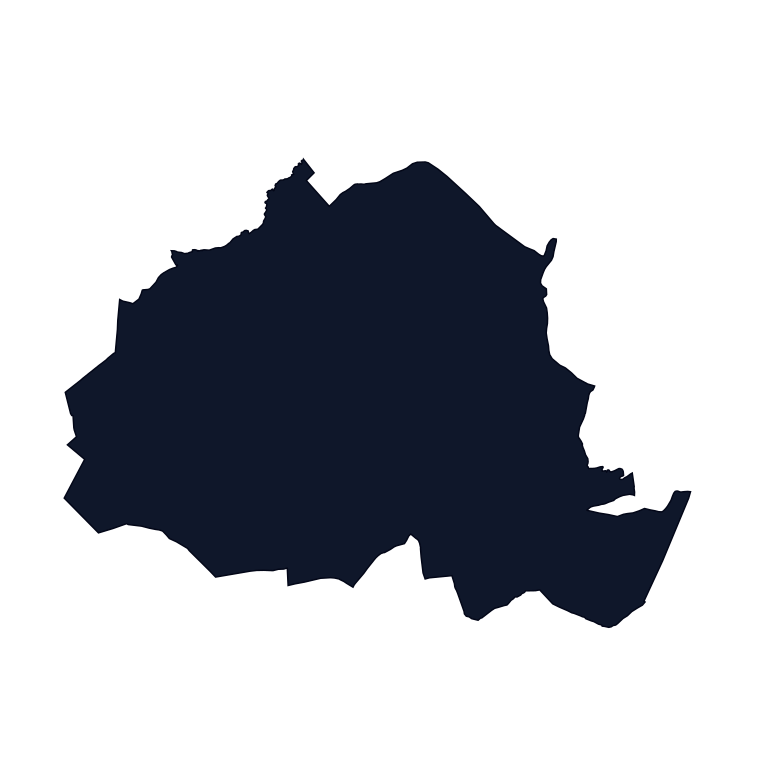 Camar, Salaj, Romania (Natural Earth projection), rotated 96°
{"feature_id": "2599482B75066150434534", "entity_name": "Camar", "entity_type": "district", "adm_level": 2, "iso_a3": "ROU", "parent_name": "Romania", "parent_adm1": "Salaj", "projection": "natural_earth1", "projection_center": [22.617, 47.305], "detail": "fine", "context": "isolated", "style": "filled", "palette": "ink", "viewbox_px": 768, "rotation_deg": 96, "n_neighbors": 0, "source": "geoboundaries", "source_scale": "gbopen_adm2", "svg_char_len": 6139}
<svg xmlns="http://www.w3.org/2000/svg" viewBox="0 0 768 768"><g transform="rotate(96 384 384)"><path d="M530.9,690.1L561.9,652.4L556.0,638.4L549.8,625.4L550.5,623.7L550.7,610.2L551.9,602.3L552.5,595.9L552.6,592.4L553.3,589.1L553.6,588.5L557.0,584.5L560.1,581.3L562.6,573.9L568.0,562.2L570.1,560.2L588.4,537.4L593.6,531.3L584.1,497.5L582.7,491.2L581.8,483.9L581.2,474.9L579.3,469.7L578.5,464.3L577.5,462.0L577.4,460.9L594.4,458.3L592.0,451.5L589.3,442.4L583.8,426.7L582.2,416.9L582.1,412.9L582.6,408.3L583.2,407.1L584.6,403.2L586.1,400.4L589.3,393.6L586.9,392.7L585.1,391.6L574.4,384.3L569.3,381.4L559.7,375.3L557.5,373.8L555.2,371.8L552.9,369.3L551.5,366.3L551.6,365.9L547.8,360.3L544.9,356.9L543.6,354.7L540.6,347.0L537.3,345.3L532.5,343.5L530.4,341.7L534.1,336.2L535.1,334.4L536.2,333.2L538.7,331.9L542.9,330.5L543.9,330.5L552.0,329.0L567.8,325.4L573.6,322.7L572.0,318.6L567.5,296.4L575.2,293.1L578.2,292.4L579.7,291.7L581.9,290.2L584.4,288.9L601.8,280.6L604.2,280.0L606.3,277.9L606.7,274.9L608.2,272.3L609.1,265.7L606.8,263.6L606.4,262.3L597.8,253.3L595.5,250.5L594.2,247.1L591.8,241.4L590.9,238.6L589.4,237.4L585.8,235.0L584.1,233.0L581.9,231.3L581.9,229.4L579.6,226.0L578.6,225.4L577.7,224.6L577.2,223.4L576.2,222.3L574.9,221.7L573.7,211.8L572.5,207.6L585.0,193.2L587.5,186.4L590.2,177.8L591.9,173.3L592.2,171.1L594.0,164.4L594.7,162.4L595.0,160.1L596.3,158.8L597.9,153.1L598.4,150.4L600.4,145.6L600.9,142.4L602.0,141.7L602.0,139.4L602.5,135.0L601.7,132.6L600.3,131.0L599.5,128.4L597.8,126.6L592.2,121.8L589.0,117.7L584.4,113.8L580.3,108.6L576.9,103.9L573.5,101.6L572.9,102.8L530.6,88.4L465.8,69.1L459.1,67.9L459.1,70.7L459.7,74.2L460.4,77.3L460.4,78.3L459.8,80.6L459.9,81.9L460.4,83.2L462.3,84.4L465.6,85.4L469.7,86.4L475.8,89.2L478.4,90.8L481.0,92.8L481.8,93.8L482.2,94.7L482.3,97.5L481.8,101.0L481.4,105.9L480.6,111.9L483.4,116.8L486.2,122.9L487.5,128.6L488.6,132.3L491.2,137.5L491.4,138.2L490.4,147.3L489.9,156.5L488.4,169.0L488.2,169.1L485.2,166.2L484.5,165.2L483.5,162.9L482.1,157.9L481.0,155.3L480.4,152.8L479.8,151.4L478.0,148.2L475.8,143.4L473.9,141.8L471.4,137.9L469.8,134.7L468.0,128.2L468.2,124.7L468.6,123.3L465.3,123.5L461.2,124.5L460.1,124.4L446.6,127.8L447.7,129.4L450.8,132.7L452.0,134.7L453.8,136.5L454.2,138.4L453.8,139.7L453.3,139.9L452.5,139.8L451.4,138.9L450.4,136.7L449.8,136.2L446.2,136.9L444.9,137.5L443.8,138.5L443.7,139.0L443.4,140.4L443.6,141.7L446.1,145.5L447.5,148.3L447.7,149.2L447.6,150.0L446.2,151.2L446.0,152.1L446.4,152.8L447.7,153.0L448.2,153.4L447.3,154.1L447.1,154.6L447.9,157.7L446.3,158.2L445.2,158.1L444.9,158.0L444.7,157.6L443.8,157.4L443.4,157.7L443.3,157.9L443.8,160.3L445.3,163.7L446.0,166.2L446.7,171.7L445.3,172.2L444.5,173.1L443.8,173.4L443.3,173.5L441.9,173.0L440.0,172.9L437.0,173.5L433.3,176.2L429.5,177.8L426.4,179.5L423.7,180.6L423.0,180.3L420.4,181.9L416.9,184.8L416.1,185.2L414.6,185.4L406.4,185.0L398.0,182.1L394.3,181.2L393.9,181.4L392.0,180.7L381.2,179.9L377.3,179.3L373.9,179.2L371.7,178.7L370.0,177.9L368.1,175.6L365.3,174.6L364.0,174.3L362.7,181.5L358.1,192.7L353.4,198.6L349.1,205.2L346.9,211.2L341.3,219.4L337.5,222.3L333.3,223.6L328.9,224.4L321.8,226.6L316.3,228.0L311.6,228.1L306.8,227.8L301.4,228.2L296.2,229.1L291.4,230.3L285.6,233.9L282.4,235.1L280.7,233.8L279.8,232.5L278.1,231.6L272.4,232.5L269.8,237.1L267.3,238.9L263.8,239.1L256.5,237.3L253.2,236.3L250.3,234.9L243.4,230.4L239.7,229.2L234.7,228.9L224.4,227.6L221.9,227.8L221.7,231.0L223.1,232.8L225.7,234.5L229.6,236.2L234.6,236.7L239.2,238.0L240.2,238.8L240.0,241.1L238.8,243.7L235.7,248.6L234.4,253.2L232.8,258.4L214.6,289.5L212.9,291.6L197.5,307.8L186.1,322.6L171.0,343.0L164.8,352.6L159.4,363.0L158.9,366.1L160.0,374.2L162.0,378.7L166.9,383.8L169.6,388.2L173.5,396.8L179.5,404.2L183.3,409.3L184.7,412.4L186.8,422.9L187.5,424.7L187.5,427.7L187.9,430.2L187.8,431.1L188.4,433.7L189.2,434.8L193.1,438.5L196.4,442.4L198.0,444.9L200.2,447.3L205.6,450.8L213.0,457.0L189.8,482.5L181.3,475.6L169.0,487.5L169.5,487.5L170.1,488.8L170.9,489.5L172.3,488.7L173.3,488.7L173.7,488.9L174.1,489.2L173.2,490.6L173.2,491.4L174.2,492.2L175.2,491.5L175.5,491.7L177.0,493.1L177.1,494.6L177.7,495.4L179.3,496.3L180.1,496.2L182.4,497.0L184.9,495.8L185.7,497.7L186.7,497.5L187.6,498.1L188.5,499.2L188.9,500.1L189.8,501.2L190.2,502.3L190.5,504.1L191.2,504.8L191.7,505.8L192.1,508.4L193.7,510.0L195.8,511.3L196.1,512.2L196.6,512.7L198.2,513.0L199.2,512.2L201.4,513.5L203.0,513.5L203.3,514.0L203.1,514.5L201.9,515.3L202.0,515.6L203.4,516.9L203.7,518.8L204.1,519.3L205.4,520.3L205.8,520.4L206.4,519.1L206.7,519.1L208.1,519.7L208.8,519.7L210.0,518.9L210.9,517.9L211.5,517.7L212.6,518.6L214.5,519.8L214.9,521.0L215.8,521.3L216.2,521.2L217.0,519.7L217.7,519.2L220.5,519.6L221.4,520.2L221.7,520.1L222.2,519.3L222.9,518.9L223.7,518.9L226.3,520.1L226.9,520.6L228.0,520.6L229.7,519.2L230.4,519.2L231.7,519.5L233.9,520.5L234.7,520.8L236.0,520.7L237.8,521.3L242.9,525.4L243.3,525.8L243.9,528.6L244.9,530.0L246.9,531.8L248.6,533.8L248.0,534.4L245.9,535.2L245.6,537.1L246.0,538.6L247.7,540.2L248.1,541.4L248.6,541.8L250.0,541.7L250.7,541.9L251.3,542.5L252.0,543.4L252.5,544.6L252.6,545.7L255.5,549.3L259.6,552.0L260.3,553.0L262.6,555.2L263.9,557.0L265.5,560.3L265.7,561.3L265.7,562.5L266.4,566.0L269.2,571.8L269.3,576.3L269.6,578.2L270.2,578.5L270.4,579.1L270.0,579.7L270.9,581.5L270.8,582.7L271.3,582.9L271.3,583.4L270.6,584.0L270.4,584.7L270.2,586.1L270.5,588.2L270.9,588.5L272.4,588.4L273.5,591.1L274.7,593.2L274.7,593.8L275.2,596.0L274.4,599.2L274.4,603.1L273.9,604.4L273.5,606.3L273.7,609.4L274.6,608.8L276.9,608.1L277.5,607.7L279.1,608.5L280.0,608.5L286.7,603.8L287.6,602.9L287.2,601.9L287.5,601.7L289.3,602.6L289.9,603.5L290.8,605.8L292.6,609.3L296.4,614.6L298.5,617.0L301.7,619.4L306.6,621.4L313.7,626.7L314.1,627.3L314.7,628.8L315.6,633.6L316.0,634.2L319.9,634.9L325.2,636.6L330.4,642.1L329.7,645.5L328.9,652.4L327.6,655.7L348.7,655.4L357.9,654.8L380.9,654.5L381.9,656.1L387.1,661.2L389.2,662.9L395.3,669.4L409.6,683.9L412.2,686.3L425.6,700.1L446.1,692.6L447.9,691.3L447.7,690.9L447.9,690.3L448.8,689.8L459.9,687.9L462.2,687.2L468.6,684.3L477.6,692.5L490.2,673.8L530.9,690.1Z" fill="#0f172a" stroke="#020617" stroke-width="1.5"/></g></svg>